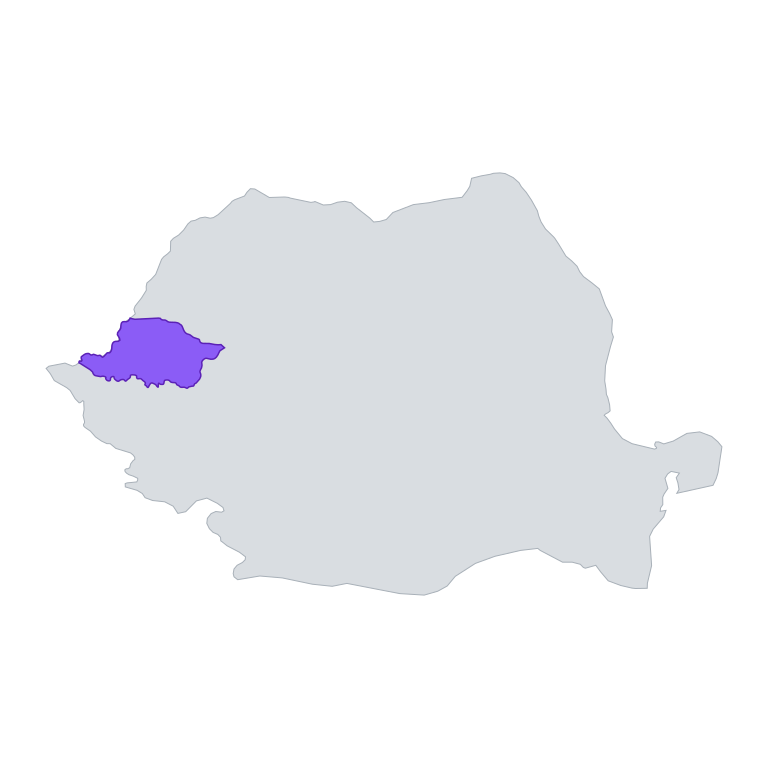 Romania, with Arad highlighted
{"feature_id": "ROU-276", "entity_name": "Arad", "entity_type": "County", "adm_level": 1, "iso_a3": "ROU", "parent_name": "Romania", "parent_adm1": "", "projection": "equal_earth", "projection_center": [21.659, 46.275], "detail": "fine", "context": "in_parent", "style": "filled", "palette": "violet", "viewbox_px": 768, "rotation_deg": 0, "n_neighbors": 0, "source": "natural_earth", "source_scale": "10m", "svg_char_len": 6597}
<svg xmlns="http://www.w3.org/2000/svg" viewBox="0 0 768 768"><path d="M614.5,429.0L622.4,438.6L632.1,443.7L654.5,449.1L656.4,448.4L656.6,447.4L655.0,446.0L654.7,444.2L655.7,442.0L658.7,441.9L663.8,443.9L673.2,441.1L686.9,433.4L699.7,431.9L711.6,436.4L717.8,441.7L721.9,446.7L721.0,452.9L720.4,456.7L718.0,472.7L716.2,478.6L713.0,485.3L676.8,493.3L679.0,489.5L677.9,482.8L676.2,477.7L679.4,473.1L671.1,471.4L667.6,474.0L665.0,478.3L667.9,488.4L664.1,494.0L662.7,497.2L662.8,504.6L660.6,507.8L660.2,511.3L666.0,510.4L663.7,516.8L653.2,529.1L649.6,536.4L651.6,565.6L647.4,583.2L647.2,588.3L635.5,588.5L632.0,588.1L620.8,585.5L608.2,580.8L600.6,571.8L595.8,565.3L585.3,568.2L583.3,567.4L580.3,564.3L572.3,562.2L562.6,562.2L540.2,550.4L537.8,548.4L520.6,550.4L494.9,556.3L475.4,563.4L455.3,576.3L447.2,586.0L437.8,591.2L424.2,595.1L399.8,593.6L374.3,588.7L346.9,583.4L332.2,586.3L312.3,584.2L282.2,577.9L259.8,576.0L237.7,579.7L234.0,576.8L233.2,573.6L234.0,569.0L237.1,565.3L242.4,562.5L245.2,559.7L245.5,556.8L239.4,552.2L227.1,545.8L222.1,541.8L220.8,540.9L220.5,537.3L217.9,534.5L213.1,532.4L209.4,528.7L206.8,523.4L207.4,518.3L211.1,513.6L215.8,511.5L221.6,512.2L224.0,510.8L223.0,507.5L217.3,503.3L206.9,498.1L196.4,500.9L185.7,511.7L177.9,513.4L173.2,506.2L164.7,501.8L152.6,500.5L145.1,497.7L142.3,493.5L137.0,490.3L125.3,486.9L125.2,483.6L127.1,482.9L131.2,482.5L136.8,481.9L137.7,480.0L137.7,478.3L133.4,476.2L128.9,474.7L126.6,473.2L125.1,471.6L124.8,469.9L126.1,468.8L127.9,468.7L129.7,467.7L130.7,463.8L133.1,460.6L134.8,459.4L134.7,457.1L132.9,454.8L130.5,452.9L126.9,451.8L115.8,448.4L110.2,443.7L106.8,443.6L101.4,441.0L95.5,436.9L90.5,431.2L85.0,427.4L83.6,425.9L83.5,424.5L84.5,422.8L84.5,421.1L83.1,415.5L84.1,409.5L83.8,403.9L83.8,401.4L82.7,400.6L81.8,401.5L80.4,402.6L79.1,402.8L75.1,398.7L70.1,390.4L66.6,387.6L59.9,383.8L54.3,380.6L50.3,373.7L46.1,368.4L48.9,366.2L65.0,363.1L72.5,366.1L75.9,365.0L79.2,362.5L81.0,360.5L81.3,358.4L83.0,355.8L88.4,354.6L102.8,356.2L108.6,352.5L110.8,350.5L112.1,346.0L113.6,342.5L118.8,340.6L118.7,337.3L117.9,333.8L121.0,325.9L122.8,322.7L125.7,321.5L129.2,319.1L135.3,313.9L133.9,309.4L135.1,306.1L141.5,298.0L146.3,290.3L146.2,286.4L146.9,283.0L151.2,279.3L155.7,274.4L161.6,259.3L163.7,256.8L167.5,253.9L170.4,251.1L170.7,241.2L173.4,238.3L178.6,235.1L183.7,230.0L187.9,223.9L191.1,221.1L195.3,220.3L200.0,217.9L205.1,217.1L210.2,218.2L213.4,217.6L218.1,214.7L230.3,203.5L232.1,201.3L234.6,199.8L244.5,196.0L247.0,192.2L250.4,188.7L254.8,189.0L269.3,197.5L284.7,197.0L287.5,197.3L288.4,197.4L290.3,198.1L310.9,202.4L314.1,201.9L314.9,201.5L323.3,205.0L330.6,204.6L337.5,202.2L344.7,201.3L351.3,202.8L356.5,207.7L369.8,218.1L373.7,222.0L379.7,221.4L386.3,219.5L392.9,212.5L413.4,204.6L429.1,202.7L444.4,199.5L462.1,197.3L467.1,190.8L469.8,186.4L471.6,178.3L481.1,175.9L490.2,174.3L493.4,173.3L500.0,172.9L505.2,173.6L513.2,177.6L519.0,182.7L521.3,186.7L526.2,192.3L531.5,200.2L537.4,210.8L538.8,216.2L541.1,222.0L545.5,229.0L553.6,236.9L554.8,238.3L558.5,243.9L565.9,256.1L571.8,261.0L577.1,266.3L579.7,271.7L583.5,276.6L592.2,283.1L599.3,288.9L605.5,305.9L609.7,313.7L612.4,319.7L611.6,331.8L613.4,337.0L610.5,346.5L605.5,365.7L604.7,380.9L606.0,389.1L606.4,394.4L607.9,397.8L609.6,404.8L610.1,410.9L608.1,412.6L605.3,414.1L604.2,415.3L607.0,418.1L610.8,423.2L614.5,429.0Z" fill="#d9dde1" stroke="#a8b0b8" stroke-width="1"/><path d="M126.6,321.7L128.1,321.0L129.6,319.3L130.1,318.1L131.6,318.6L134.9,319.3L158.6,318.1L160.4,318.4L160.8,319.0L161.4,319.5L162.4,319.9L163.3,320.0L164.6,320.0L165.5,320.2L166.7,320.8L167.6,321.6L169.4,322.2L175.6,322.4L177.5,322.8L178.8,323.3L179.6,324.0L181.2,325.0L181.7,325.6L182.3,326.7L183.8,330.4L184.7,331.9L185.7,333.0L187.1,333.9L188.9,334.4L190.1,334.9L193.4,337.4L198.8,339.2L199.4,339.8L199.6,340.6L199.9,341.6L200.7,342.6L201.8,343.1L202.9,343.4L209.3,343.5L214.7,344.5L218.1,344.8L221.0,344.6L224.5,347.8L219.9,350.8L218.6,353.3L218.0,354.7L216.4,357.1L214.9,358.4L213.6,359.0L211.9,359.2L210.6,359.2L206.6,358.3L205.3,358.4L204.3,358.9L202.7,360.3L202.1,361.2L201.7,362.2L202.0,365.2L201.8,366.5L201.5,367.9L200.5,369.8L200.1,370.9L199.9,371.8L200.7,374.0L200.8,374.9L200.8,376.1L200.3,377.6L199.5,379.2L196.2,383.0L195.0,383.6L194.7,383.8L194.4,384.2L193.9,385.5L193.6,385.9L193.2,386.1L191.9,386.2L189.3,386.8L188.7,387.0L188.2,387.5L187.8,387.9L187.3,388.2L186.7,388.2L184.9,387.4L184.0,387.2L182.5,387.3L181.4,387.3L180.4,387.1L179.6,386.5L179.1,385.9L178.5,385.5L177.3,385.0L176.8,384.7L176.5,384.2L176.3,383.6L175.9,383.1L175.2,382.7L172.4,382.5L171.1,382.2L170.2,381.5L169.6,380.8L168.9,380.3L167.8,380.0L166.1,380.0L165.3,380.2L164.7,380.4L164.4,380.9L164.2,381.5L163.8,383.5L163.5,384.0L163.1,384.3L162.5,384.4L160.9,384.4L160.2,384.2L159.6,383.7L159.1,383.3L158.7,383.3L158.4,383.9L158.3,384.5L158.3,385.3L158.3,386.5L158.2,387.0L157.9,387.1L157.5,386.9L156.9,386.3L156.0,385.0L155.4,384.5L154.6,384.0L152.3,383.0L151.3,383.0L150.7,383.4L150.2,383.9L149.2,385.5L148.5,386.9L148.1,387.4L147.6,387.4L147.0,386.9L146.7,386.3L146.2,385.8L145.3,385.2L145.0,384.9L144.9,384.5L145.0,384.1L145.3,383.6L145.4,383.1L145.1,382.4L144.5,381.7L143.0,380.6L141.4,379.1L140.7,378.7L139.9,378.6L138.0,378.8L137.3,378.6L136.8,378.0L136.6,377.2L136.6,376.5L136.6,375.9L136.0,375.4L134.9,375.0L132.5,374.8L131.3,374.9L130.5,375.3L130.4,375.8L130.4,376.4L130.3,377.0L130.0,377.6L129.6,378.1L127.7,379.4L126.1,380.9L125.6,381.1L125.2,381.0L124.2,379.9L123.4,379.5L122.2,379.5L121.2,379.7L120.4,380.0L118.7,381.2L117.7,381.2L116.5,380.7L114.6,379.0L114.1,377.9L114.0,377.0L113.8,376.7L113.3,376.5L112.2,376.6L111.5,377.0L110.9,377.5L110.6,378.0L110.5,378.5L110.4,379.6L110.3,380.1L110.0,380.5L109.5,380.8L108.8,380.9L107.7,380.7L106.8,380.2L105.9,379.1L105.7,378.5L105.9,377.4L105.6,377.0L104.8,376.6L103.3,376.2L102.4,376.2L101.1,376.5L100.5,376.6L96.1,375.8L95.0,375.5L94.2,375.0L93.2,373.7L92.5,371.9L90.0,369.6L80.0,363.3L79.0,362.9L79.0,361.8L79.4,361.1L79.9,360.9L80.6,361.2L81.3,361.2L81.8,360.7L81.9,360.0L81.2,358.0L81.2,357.1L81.5,356.6L84.3,354.5L84.9,354.2L85.7,353.8L87.2,353.5L88.6,353.5L89.3,353.8L90.6,354.8L91.1,355.0L91.8,355.0L92.9,354.5L93.4,354.3L94.6,354.6L97.3,355.6L98.7,355.5L99.3,355.3L99.9,355.3L100.5,355.5L101.0,356.1L102.4,357.2L103.6,356.7L107.0,353.0L107.5,352.8L109.6,352.8L110.2,352.3L111.1,351.0L111.7,349.2L112.0,345.1L112.7,343.1L113.9,341.9L115.3,341.4L118.3,341.3L119.9,340.2L119.5,338.2L117.4,334.7L117.6,332.8L118.6,331.3L119.8,330.0L120.7,328.3L121.0,324.8L121.4,323.1L122.5,321.9L124.0,321.6L126.6,321.7Z" fill="#8b5cf6" stroke="#5b21b6" stroke-width="1.5"/></svg>